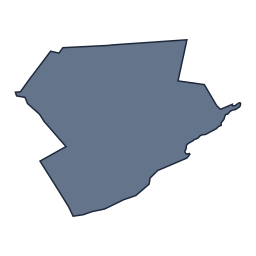 Monroe, Pennsylvania, United States of America (Robinson projection)
{"feature_id": "52423323B86940080829483", "entity_name": "Monroe", "entity_type": "district", "adm_level": 2, "iso_a3": "USA", "parent_name": "United States of America", "parent_adm1": "Pennsylvania", "projection": "robinson", "projection_center": [-75.179, 41.033], "detail": "fine", "context": "isolated", "style": "filled", "palette": "slate", "viewbox_px": 256, "rotation_deg": 0, "n_neighbors": 0, "source": "geoboundaries", "source_scale": "gbopen_adm2", "svg_char_len": 1201}
<svg xmlns="http://www.w3.org/2000/svg" viewBox="0 0 256 256"><path d="M240.5,103.4L240.4,103.0L239.8,102.7L238.9,103.0L237.8,103.6L235.8,105.2L234.7,105.8L233.5,105.9L232.6,105.8L232.4,105.5L232.4,104.3L220.5,109.3L216.7,105.7L204.3,84.6L178.0,80.9L184.0,53.3L186.9,39.8L128.3,43.8L111.2,45.0L108.8,45.4L62.9,47.7L59.0,53.1L50.6,51.2L32.2,75.7L31.5,76.4L20.4,91.8L15.4,92.2L16.6,95.9L25.0,97.4L27.5,103.5L39.5,114.2L44.2,121.5L66.0,146.6L40.0,161.1L58.6,190.6L68.7,206.9L73.1,216.2L83.3,214.7L92.1,211.6L104.6,209.0L123.7,199.7L135.9,195.5L149.1,184.1L150.1,178.0L157.7,170.5L187.0,158.0L189.9,154.2L189.2,153.5L187.1,154.0L186.3,153.9L185.5,153.2L185.0,152.0L185.0,150.8L185.8,149.5L186.1,148.5L186.3,147.6L186.3,145.9L186.6,145.1L187.7,143.9L189.0,143.0L193.2,140.6L193.7,139.8L196.5,138.8L198.2,137.9L199.9,136.1L200.1,135.6L202.9,134.7L204.9,134.6L206.4,134.0L215.2,129.3L216.3,128.7L218.3,126.7L219.6,126.0L221.2,125.4L221.3,125.1L221.0,123.6L221.2,122.7L223.4,120.1L224.0,119.1L224.4,118.0L224.6,116.8L225.5,114.8L226.0,114.3L227.6,114.2L229.8,111.7L231.4,110.6L233.2,109.9L235.4,109.6L239.2,107.1L240.1,106.1L240.6,103.8L240.5,103.4Z" fill="#64748b" stroke="#1e293b" stroke-width="1.5"/></svg>